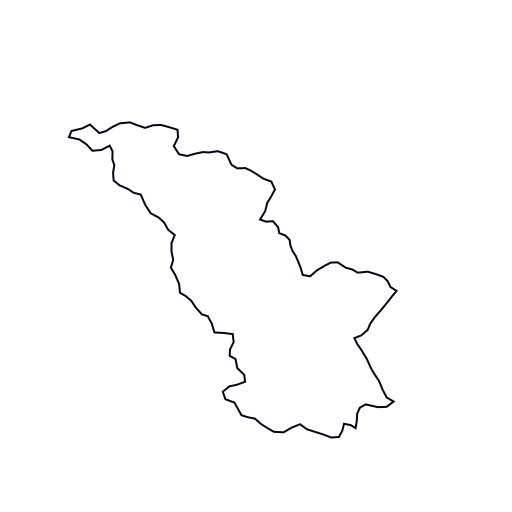 Oliveira Fortes, Minas Gerais, Brazil (Robinson projection), rotated 61°
{"feature_id": "56859067B27870531279876", "entity_name": "Oliveira Fortes", "entity_type": "district", "adm_level": 2, "iso_a3": "BRA", "parent_name": "Brazil", "parent_adm1": "Minas Gerais", "projection": "robinson", "projection_center": [-43.521, -21.329], "detail": "fine", "context": "isolated", "style": "outline", "palette": "ink", "viewbox_px": 512, "rotation_deg": 61, "n_neighbors": 0, "source": "geoboundaries", "source_scale": "gbopen_adm2", "svg_char_len": 2005}
<svg xmlns="http://www.w3.org/2000/svg" viewBox="0 0 512 512"><g transform="rotate(61 256 256)"><path d="M454.5,271.2L450.6,265.2L445.4,260.3L449.9,255.1L454.8,252.4L449.4,248.0L443.0,244.0L439.0,238.6L439.0,232.0L443.0,227.5L447.3,222.7L451.2,215.0L450.0,206.2L443.0,210.3L434.8,210.1L425.1,209.0L414.9,209.8L408.9,209.8L400.0,209.0L389.2,209.4L382.1,210.1L375.5,209.8L376.5,202.4L374.7,194.0L370.7,189.1L367.2,182.0L363.2,171.0L359.9,162.8L357.2,156.5L354.7,150.0L348.3,153.4L341.4,153.1L335.9,154.8L330.5,159.4L323.9,165.9L319.9,175.1L314.5,178.3L309.7,183.2L301.2,187.6L298.1,193.6L297.8,200.0L298.1,209.8L300.0,218.5L295.2,224.3L287.6,222.6L281.9,221.9L275.5,221.2L269.4,221.6L263.7,220.9L258.2,218.8L252.4,220.3L247.3,224.6L241.7,222.7L233.8,224.3L230.7,230.7L226.1,234.8L221.1,226.1L214.9,220.3L212.0,215.0L207.1,207.2L198.4,206.5L191.7,212.2L185.1,215.6L179.0,219.0L173.9,222.7L170.3,229.9L164.3,233.2L152.7,232.4L145.8,238.6L142.7,246.8L139.4,252.0L137.0,259.6L135.2,267.6L129.7,274.0L120.0,274.6L114.5,266.7L107.6,263.4L101.3,269.4L95.2,275.7L91.7,282.8L90.2,290.8L84.6,296.0L78.0,301.5L74.0,310.7L73.5,319.0L74.0,326.5L72.6,333.4L66.8,335.4L60.5,337.5L60.2,345.9L57.2,356.8L61.4,362.0L68.4,354.0L76.3,350.1L84.6,348.1L88.3,339.9L88.5,330.5L94.9,330.7L101.8,334.8L107.7,335.8L114.0,340.7L120.9,343.9L128.2,341.0L135.5,335.4L141.5,332.3L146.4,327.0L157.6,328.1L167.6,327.4L175.1,322.5L181.7,320.2L190.5,320.1L198.3,316.9L203.7,323.6L211.3,327.8L219.3,330.3L224.9,336.1L233.2,335.8L243.1,336.8L251.3,340.3L257.0,336.9L263.9,334.3L271.8,333.7L280.9,331.6L285.2,327.4L293.3,327.4L302.7,329.4L307.5,321.8L313.0,314.2L320.5,317.3L325.1,324.0L330.5,327.4L336.2,323.9L345.0,326.7L354.3,323.9L360.7,326.5L359.3,335.4L357.1,342.5L358.6,350.8L366.4,352.2L373.8,345.9L382.5,345.9L388.2,345.9L392.7,341.7L397.7,335.8L405.6,333.0L411.2,329.9L418.4,325.6L423.6,317.3L423.4,307.8L424.5,299.1L432.4,295.3L438.8,289.3L445.2,283.2L451.2,278.3L454.5,271.2Z" fill="none" stroke="#020617" stroke-width="2"/></g></svg>